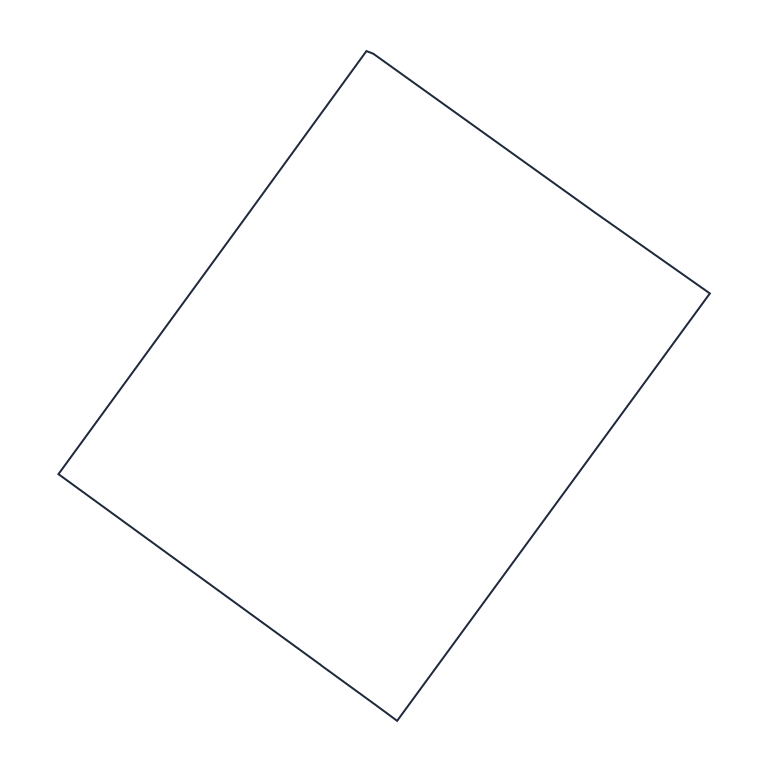 the district of Benton, Indiana, United States of America, rotated 306°
{"feature_id": "52423323B35490357444404", "entity_name": "Benton", "entity_type": "district", "adm_level": 2, "iso_a3": "USA", "parent_name": "United States of America", "parent_adm1": "Indiana", "projection": "mercator", "projection_center": [-87.341, 40.606], "detail": "fine", "context": "isolated", "style": "outline", "palette": "slate", "viewbox_px": 768, "rotation_deg": 306, "n_neighbors": 0, "source": "geoboundaries", "source_scale": "gbopen_adm2", "svg_char_len": 322}
<svg xmlns="http://www.w3.org/2000/svg" viewBox="0 0 768 768"><g transform="rotate(306 384 384)"><path d="M646.7,454.2L644.9,181.2L643.0,174.1L436.4,174.1L119.7,173.6L119.5,498.4L119.4,498.9L119.4,569.0L119.4,569.5L119.2,592.2L119.2,592.6L648.8,594.4L646.7,454.2Z" fill="none" stroke="#1e293b" stroke-width="2"/></g></svg>